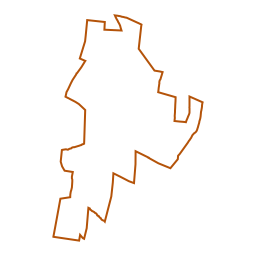 outline of Quintana Roo, Yucatán, Mexico
{"feature_id": "50627088B14192360660462", "entity_name": "Quintana Roo", "entity_type": "district", "adm_level": 2, "iso_a3": "MEX", "parent_name": "Mexico", "parent_adm1": "Yucatán", "projection": "natural_earth1", "projection_center": [-88.628, 20.839], "detail": "fine", "context": "isolated", "style": "outline", "palette": "amber", "viewbox_px": 256, "rotation_deg": 0, "n_neighbors": 0, "source": "geoboundaries", "source_scale": "gbopen_adm2", "svg_char_len": 3028}
<svg xmlns="http://www.w3.org/2000/svg" viewBox="0 0 256 256"><path d="M160.0,71.5L154.5,70.6L138.7,48.8L141.2,26.3L141.5,24.6L140.6,24.1L139.6,23.7L138.9,23.3L137.3,22.6L126.6,17.7L125.3,17.5L124.2,17.2L123.0,16.9L122.0,16.8L120.9,16.4L119.8,16.1L118.9,16.0L117.4,15.7L116.6,15.6L115.5,15.5L114.9,15.4L115.4,16.5L115.7,17.3L116.1,18.0L116.9,19.6L117.3,20.1L118.1,21.7L118.3,22.3L118.7,22.8L119.5,24.3L119.8,25.0L120.1,25.6L120.4,26.8L120.8,28.3L121.1,29.2L121.3,29.9L121.5,30.5L104.4,29.7L104.8,22.0L87.2,20.1L85.7,35.7L85.1,41.3L79.8,58.5L85.3,60.9L84.8,61.6L84.7,61.8L81.3,67.3L77.0,73.2L76.5,73.4L76.2,74.4L72.6,79.9L70.9,83.2L68.2,89.0L67.4,90.5L66.5,92.1L66.1,94.1L65.5,96.7L75.3,101.8L78.8,104.0L81.5,106.5L85.2,110.0L84.2,141.6L84.1,143.1L84.1,143.7L83.7,143.9L83.4,144.1L82.6,144.2L82.2,144.5L81.7,144.6L81.5,144.9L81.2,145.1L80.5,145.2L79.6,145.6L78.6,145.9L77.9,146.1L76.3,146.6L75.3,146.9L74.4,147.2L74.1,147.2L73.5,147.2L73.1,147.3L72.5,147.4L71.7,147.8L71.4,148.3L70.7,148.5L70.2,148.6L69.5,148.8L69.0,149.0L68.4,149.5L67.8,149.7L66.5,149.4L65.9,149.3L64.5,149.5L63.3,149.7L62.9,149.8L62.5,149.8L61.9,150.0L60.7,161.7L62.1,166.4L64.6,170.7L65.3,170.8L72.8,172.0L72.4,174.1L71.9,176.6L71.9,178.4L72.3,179.5L72.3,181.5L72.1,184.7L71.9,187.5L71.3,190.0L70.8,191.5L70.6,192.6L70.3,194.6L70.2,197.2L62.4,198.4L60.4,198.7L55.1,227.6L53.4,236.7L53.4,236.8L79.1,240.6L80.1,234.9L82.2,237.4L82.9,238.2L84.1,238.8L86.7,228.2L88.4,207.8L89.8,208.5L89.7,209.0L90.0,209.4L91.3,210.3L92.1,211.1L92.7,211.2L93.4,211.7L94.3,212.1L95.1,213.0L95.8,213.2L96.8,214.2L97.2,215.3L97.5,215.6L98.1,215.7L98.5,216.3L99.1,216.4L99.4,217.1L99.9,217.7L100.8,218.2L101.2,219.1L101.6,219.6L102.0,219.9L102.5,220.1L103.0,220.4L104.1,220.8L104.3,221.0L104.8,221.6L111.3,196.5L112.8,182.7L113.4,173.3L121.2,177.2L128.9,181.2L134.0,183.1L135.5,164.2L135.6,151.2L148.6,157.6L148.5,157.8L158.4,163.3L170.4,168.2L177.8,159.2L178.1,155.7L178.6,155.2L179.7,154.0L187.8,142.7L188.9,140.9L189.8,139.8L190.2,139.2L190.5,138.6L191.1,137.9L192.0,136.0L192.4,135.2L194.2,133.2L194.9,132.8L195.6,132.2L196.3,131.4L196.8,130.5L197.2,129.5L197.5,128.4L197.8,127.6L198.0,127.0L198.2,126.1L199.0,123.4L199.2,122.7L199.4,121.3L199.6,120.7L200.1,119.0L200.3,118.2L200.6,116.4L200.9,113.2L201.0,112.0L201.3,110.6L201.5,109.9L201.5,109.4L201.7,108.6L202.0,106.6L202.0,105.6L202.1,104.8L202.4,103.0L202.6,102.3L189.5,96.5L189.5,102.1L189.5,103.0L189.5,104.3L189.5,106.3L189.4,107.4L189.5,108.2L189.5,109.3L189.5,111.2L189.5,112.5L189.4,113.2L189.2,113.9L188.7,115.2L188.1,116.5L187.5,118.1L186.5,120.4L185.9,122.2L184.7,122.0L182.7,121.8L179.0,121.5L174.5,121.0L174.7,119.0L174.8,118.4L174.8,117.1L174.7,116.0L174.8,114.7L175.0,112.1L175.0,110.5L175.2,107.2L175.2,106.6L175.3,104.2L175.5,101.0L175.6,97.3L175.6,97.2L158.2,92.2L158.5,89.9L158.6,88.8L158.7,87.9L158.8,87.1L159.0,86.0L159.2,84.3L159.4,83.2L159.3,82.2L159.6,80.7L159.8,80.2L160.4,79.4L160.7,78.4L161.1,77.0L161.6,75.5L161.7,75.1L162.6,72.1L160.0,71.5Z" fill="none" stroke="#b45309" stroke-width="2"/></svg>